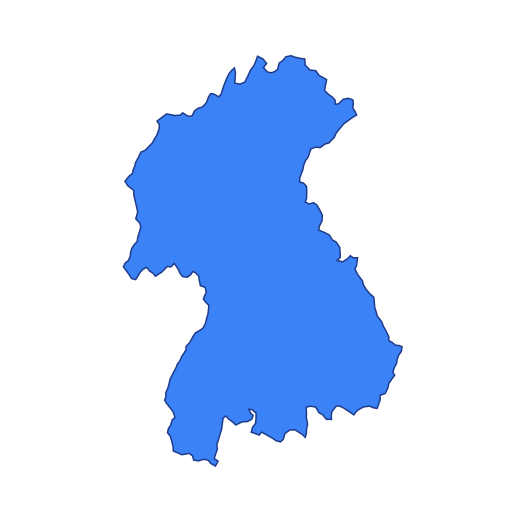 outline of São José do Barreiro, São Paulo, Brazil, rotated 160°
{"feature_id": "56859067B64806727211215", "entity_name": "São José do Barreiro", "entity_type": "district", "adm_level": 2, "iso_a3": "BRA", "parent_name": "Brazil", "parent_adm1": "São Paulo", "projection": "robinson", "projection_center": [-44.584, -22.754], "detail": "fine", "context": "isolated", "style": "filled", "palette": "blue", "viewbox_px": 512, "rotation_deg": 160, "n_neighbors": 0, "source": "geoboundaries", "source_scale": "gbopen_adm2", "svg_char_len": 4051}
<svg xmlns="http://www.w3.org/2000/svg" viewBox="0 0 512 512"><g transform="rotate(160 256 256)"><path d="M353.6,371.0L352.4,365.8L348.5,359.6L350.0,354.7L350.7,349.2L351.1,345.4L352.1,337.9L356.3,332.0L353.8,326.3L354.6,322.2L360.8,313.9L362.8,310.2L366.4,308.4L370.1,305.7L372.6,302.4L374.2,298.9L377.4,295.4L381.4,294.1L384.3,291.2L382.9,286.4L381.7,282.3L380.6,277.4L377.2,275.0L373.6,277.7L370.8,280.1L366.8,282.2L362.6,282.7L361.1,278.3L358.5,274.8L357.4,271.4L349.7,273.2L346.4,274.8L342.8,276.5L339.7,274.8L335.3,277.0L333.7,270.8L333.3,265.8L332.0,261.7L327.8,259.6L323.7,260.8L320.7,263.1L318.5,260.8L316.7,256.9L317.6,252.7L318.4,247.0L314.5,244.0L315.2,238.6L317.7,236.5L320.2,233.4L318.9,229.4L317.2,225.7L320.8,218.2L323.7,214.3L326.9,209.5L330.4,206.4L334.3,205.3L339.2,204.5L342.9,201.8L347.7,197.4L352.6,195.0L354.0,191.6L356.7,189.5L360.4,186.8L363.1,183.7L367.0,181.2L369.1,178.6L373.4,174.8L378.9,169.6L381.6,165.4L384.1,161.9L387.3,158.7L388.9,154.6L391.2,151.7L390.4,148.2L388.9,143.3L387.1,137.9L387.4,132.0L390.8,130.7L394.3,126.0L397.2,124.0L399.6,120.2L398.2,116.1L398.5,110.9L399.1,105.5L400.4,100.9L396.9,97.8L393.8,94.7L389.6,93.9L386.4,93.5L384.0,89.9L384.4,85.6L380.1,83.1L376.9,83.1L373.3,82.3L370.7,80.2L369.5,76.6L366.0,72.5L361.8,76.2L364.6,79.9L361.8,83.5L358.4,87.7L357.3,92.2L354.3,95.9L351.3,100.1L347.8,104.6L345.3,109.4L342.4,114.8L339.1,116.1L337.2,111.7L334.8,108.2L332.8,104.1L325.9,104.9L320.8,103.4L316.0,104.0L313.2,107.0L314.9,110.3L315.1,114.5L311.9,112.6L309.7,108.2L311.9,102.4L313.9,98.6L317.7,96.4L320.7,92.0L317.5,89.5L314.2,86.6L311.1,88.7L306.4,83.3L302.8,79.1L300.1,75.3L296.5,72.9L293.1,74.5L289.4,79.3L283.4,81.0L278.5,79.0L273.3,72.1L271.8,68.8L269.6,71.6L267.7,76.0L265.0,80.4L264.0,86.8L262.2,91.3L260.6,96.8L256.2,96.2L251.6,93.7L250.4,87.1L247.7,84.3L245.7,78.5L240.9,76.6L239.9,80.2L237.8,83.9L235.0,85.6L231.6,87.6L228.6,86.2L225.4,82.9L218.4,73.3L215.6,75.2L212.1,76.6L206.3,77.4L200.5,76.0L197.3,73.0L194.3,71.4L191.5,74.7L188.5,78.4L187.1,82.6L181.7,82.6L177.5,86.6L174.8,90.8L169.9,94.3L166.5,96.5L167.1,99.9L164.4,103.7L160.9,106.7L158.6,110.7L155.9,113.9L152.1,116.6L149.8,120.7L152.2,123.0L155.5,124.5L157.4,128.0L160.2,131.1L158.8,134.7L159.2,138.4L159.7,142.8L160.4,146.7L160.3,150.7L161.4,154.8L162.6,158.2L162.2,161.9L162.1,166.7L160.9,171.1L159.4,176.8L162.2,182.2L163.9,187.0L164.9,192.0L164.5,196.4L165.6,199.9L166.7,203.5L167.5,209.7L164.7,212.8L161.2,219.7L165.3,221.1L167.2,224.0L171.3,222.0L176.5,220.9L181.4,224.0L177.2,225.9L175.9,230.1L174.4,235.2L175.9,241.7L178.7,244.9L179.9,250.7L183.5,254.6L188.1,258.8L186.5,262.1L182.0,266.3L179.7,271.6L180.4,277.9L181.4,283.1L183.7,286.4L188.2,286.7L191.3,289.8L188.7,293.0L186.5,298.7L184.7,304.1L186.5,308.4L189.7,310.6L188.1,314.5L182.6,320.9L180.2,324.9L177.1,328.5L172.9,331.4L170.7,334.3L167.7,337.9L162.6,337.9L158.7,335.9L153.1,337.6L148.8,337.3L145.0,339.2L141.8,340.7L139.2,343.6L135.7,345.9L131.8,348.2L128.0,350.3L123.8,351.5L118.6,353.0L113.2,354.1L113.6,358.6L114.5,362.1L112.4,365.9L111.6,369.5L115.4,372.7L120.5,373.4L126.5,370.7L129.5,371.5L128.4,375.5L129.8,379.0L132.6,383.1L135.0,388.1L132.2,392.9L129.3,397.5L132.5,401.4L134.8,403.8L136.5,409.8L141.6,412.2L144.5,418.6L142.8,424.5L146.8,426.6L151.7,429.7L154.5,432.2L159.8,433.0L163.8,430.6L168.1,429.4L171.8,424.1L175.5,422.8L179.2,423.0L182.4,425.1L184.5,430.5L180.2,433.3L182.0,438.7L186.2,443.2L189.7,439.0L193.0,435.5L197.4,432.7L201.6,428.4L207.1,423.2L212.4,423.0L216.8,425.8L214.5,430.9L212.8,434.7L211.9,440.1L215.8,438.6L218.9,436.6L222.8,433.0L227.7,427.4L229.9,424.7L233.4,420.1L236.5,418.3L240.2,422.6L243.0,424.1L246.2,421.8L249.9,417.3L252.7,415.6L256.2,414.3L259.7,414.7L264.0,413.5L268.5,409.3L272.2,410.8L275.9,415.6L279.2,414.3L284.3,415.8L291.3,420.1L295.9,418.8L302.9,416.6L301.9,412.8L303.2,409.2L305.6,406.2L308.2,403.1L311.9,400.4L314.4,397.9L318.9,395.7L323.9,393.3L328.8,392.9L332.9,388.8L337.0,385.2L339.3,381.9L341.8,379.1L343.9,375.8L348.1,374.4L353.6,371.0Z" fill="#3b82f6" stroke="#1e3a8a" stroke-width="1.5"/></g></svg>